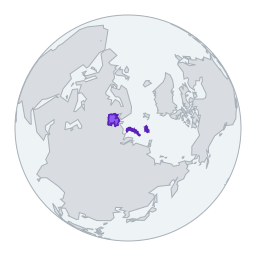 the Earth from above Arkhangel'sk, rotated 91°
{"feature_id": "RUS-2354", "entity_name": "Arkhangel'sk", "entity_type": "Region", "adm_level": 1, "iso_a3": "RUS", "parent_name": "Russia", "parent_adm1": "", "projection": "orthographic", "projection_center": [52.194, 71.252], "detail": "fine", "context": "on_globe", "style": "filled", "palette": "violet", "viewbox_px": 256, "rotation_deg": 91, "n_neighbors": 0, "source": "natural_earth", "source_scale": "10m", "svg_char_len": 16481}
<svg xmlns="http://www.w3.org/2000/svg" viewBox="0 0 256 256"><g transform="rotate(91 128 128)"><circle cx="128" cy="128" r="113" fill="#eef3f6" stroke="#a8b0b8"/><path d="M70.5,31.1L84.0,24.3L87.8,22.9L89.5,22.7L106.4,20.6L95.4,20.7L100.4,19.6L106.0,19.1L104.7,19.7L110.8,20.3L116.4,20.3L122.9,23.4L123.9,30.0L121.0,29.2L121.6,31.0L125.3,32.2L127.5,32.6L134.5,41.3L146.1,47.4L151.4,46.9L149.0,49.0L160.1,46.7L167.4,49.0L158.1,47.9L156.4,48.9L160.9,51.2L160.1,52.8L161.8,54.9L160.4,56.6L155.1,56.0L154.1,57.1L157.3,58.7L158.0,61.5L153.4,59.0L154.1,63.8L145.3,63.8L134.1,56.3L128.2,58.2L113.9,55.8L114.2,57.7L109.0,58.2L107.3,60.6L105.2,59.6L105.7,62.4L108.1,62.9L109.1,64.4L108.3,65.9L105.4,64.8L105.4,63.9L104.1,64.4L103.0,63.2L103.1,64.6L99.7,63.2L101.9,66.9L98.2,67.6L96.3,66.0L98.0,63.3L97.7,53.1L96.3,50.9L92.5,50.4L82.1,55.6L79.8,54.4L75.6,55.0L76.2,56.9L79.6,57.2L79.5,61.0L83.8,61.0L84.4,62.6L88.1,63.9L85.9,66.9L81.7,69.1L78.5,68.3L76.5,69.3L78.2,72.8L71.0,73.8L63.9,79.3L62.2,79.3L61.3,74.4L64.7,67.5L63.6,61.5L62.6,68.7L58.4,68.7L57.0,70.2L56.2,72.1L57.1,73.4L55.3,74.2L55.6,67.3L57.3,66.5L57.2,68.6L58.7,65.5L58.9,61.0L56.7,61.5L59.2,54.6L57.7,54.9L57.4,53.7L59.7,53.6L55.7,53.6L58.3,46.4L53.0,47.3L60.1,43.6L63.7,40.7L67.8,37.3L66.9,37.4L73.4,33.2L77.3,29.7L76.0,28.7L71.7,30.6L64.8,35.1L63.9,36.1L59.6,39.6L60.0,38.2L52.0,44.9L51.6,45.2L60.7,37.7L70.5,31.1ZM39.1,58.8L36.8,62.0L36.2,62.8L39.1,58.8ZM35.2,64.2L34.8,64.9L32.5,68.3L27.0,78.5L27.1,78.0L23.1,87.0L26.5,79.1L30.6,71.4L35.2,64.2ZM177.8,27.1L177.7,27.2L176.2,26.3L177.8,27.1ZM178.7,27.8L178.5,27.6L178.9,27.9L178.7,27.8ZM179.6,28.3L178.9,27.9L179.8,28.4L179.6,28.3ZM181.0,29.1L180.2,28.7L180.3,28.7L181.0,29.1ZM52.0,47.1L42.9,56.1L46.8,51.3L46.3,52.1L48.9,49.7L53.2,45.7L56.9,41.9L52.0,47.1ZM182.9,30.3L183.3,30.6L182.6,30.2L182.9,30.3ZM50.8,50.5L52.3,49.0L51.1,50.4L50.8,50.5ZM128.7,32.5L125.4,32.1L122.4,30.4L125.2,30.6L128.7,32.5ZM134.3,36.1L132.5,36.3L132.1,34.1L133.2,34.7L134.3,36.1ZM155.4,46.3L152.9,45.3L155.6,45.7L155.4,46.3ZM162.3,54.8L163.2,54.6L163.7,55.8L162.3,54.8ZM89.1,62.2L88.6,63.0L88.1,62.3L89.1,62.2ZM91.1,62.0L91.0,60.6L91.9,60.3L92.0,61.2L91.1,62.0ZM162.1,59.6L162.5,61.6L161.1,59.4L162.1,59.6ZM91.1,63.8L93.7,60.0L95.3,59.5L97.1,62.4L91.1,63.8ZM162.2,62.7L163.4,67.6L165.6,67.5L159.9,70.7L160.8,65.4L158.7,62.7L160.9,63.6L162.2,62.7ZM109.1,62.4L106.6,62.0L109.4,61.0L109.1,62.4ZM110.6,61.5L117.7,56.5L121.0,58.0L118.0,59.3L122.8,60.3L120.9,63.4L117.9,63.6L116.1,62.0L116.7,64.5L110.6,61.5ZM156.6,71.8L156.1,72.9L155.6,71.6L156.6,71.8ZM109.7,64.9L110.8,63.7L113.8,64.9L112.0,67.5L111.6,66.3L109.7,64.9ZM125.0,59.0L126.9,60.4L125.9,63.4L126.5,64.3L121.2,63.7L125.0,59.0ZM110.6,66.8L111.1,68.8L109.0,69.6L108.8,66.1L110.6,66.8ZM115.3,64.2L116.6,64.9L115.3,65.3L115.3,64.2ZM102.0,73.8L103.2,72.3L104.9,72.8L102.0,73.8ZM111.4,69.5L112.1,69.2L112.9,69.3L112.8,70.7L111.4,69.5ZM120.9,65.8L120.0,66.7L123.0,66.2L122.3,68.4L118.9,67.6L120.1,68.9L120.0,69.6L117.4,68.2L120.9,65.8ZM115.1,72.4L110.5,72.2L107.8,74.9L106.2,74.5L110.9,70.3L115.1,72.4ZM116.7,70.0L115.3,71.4L114.1,70.2L114.2,68.5L116.7,70.0ZM123.2,70.3L125.0,67.1L125.7,67.4L123.2,70.3ZM114.5,73.4L115.6,73.4L114.5,73.7L114.5,73.4ZM120.8,71.5L121.3,70.3L122.1,70.7L120.8,71.5ZM117.4,74.5L115.9,74.4L116.0,73.3L117.4,74.5ZM119.1,73.3L120.1,74.1L116.9,72.9L119.3,72.7L119.1,73.3ZM121.4,72.0L122.0,71.9L121.1,72.5L121.4,72.0ZM118.1,79.0L114.1,77.8L114.2,75.2L118.1,76.7L118.1,79.0ZM58.4,216.6L59.3,217.1L58.0,215.4L50.6,206.2L52.2,204.7L50.5,201.8L46.8,198.8L45.0,195.2L42.9,192.9L30.6,178.2L27.6,170.3L25.7,154.4L28.5,154.2L30.3,149.7L50.4,152.6L53.2,158.0L67.3,168.4L68.8,170.5L65.5,173.9L74.9,186.9L79.8,185.5L89.8,193.5L97.5,196.1L103.0,188.6L90.5,184.2L89.8,179.0L101.2,178.8L112.4,182.5L112.6,180.6L106.8,174.7L110.7,171.9L104.9,172.3L106.3,174.8L102.7,175.1L101.3,172.8L102.7,171.9L99.7,169.9L93.6,175.0L94.3,178.0L85.6,175.4L85.9,180.3L83.1,181.1L81.4,173.0L82.6,170.9L78.5,159.9L76.4,161.8L80.2,172.4L78.4,170.7L75.7,173.7L76.4,170.1L72.8,158.2L65.8,154.3L54.6,156.3L51.0,153.1L49.1,147.5L55.6,140.4L62.8,148.4L65.2,146.1L65.8,139.4L67.9,142.4L69.1,140.7L72.0,143.4L78.1,142.3L81.4,144.4L85.8,139.5L88.1,140.0L84.8,142.7L84.4,145.8L92.8,150.9L95.0,150.5L97.1,146.9L99.1,148.9L100.2,144.8L105.9,145.7L99.7,141.2L102.1,137.1L106.6,135.2L106.3,133.1L98.9,136.1L97.0,138.1L97.1,141.0L90.8,145.9L87.5,145.2L89.8,137.2L85.4,135.4L89.2,130.1L106.8,124.9L113.2,125.2L119.7,134.7L117.1,137.1L113.4,134.8L115.0,140.9L115.7,138.5L117.4,140.1L120.1,136.7L121.4,137.7L121.7,132.8L123.7,133.7L123.5,136.8L129.1,132.7L133.6,133.5L134.3,132.1L133.6,130.4L139.8,132.6L140.0,131.5L138.1,130.3L137.2,127.3L138.0,123.0L140.1,124.0L140.1,125.7L143.2,130.9L142.8,135.3L143.7,135.3L144.6,131.7L140.8,125.4L140.7,122.5L142.9,125.2L142.1,124.0L142.7,122.9L145.3,122.7L143.0,119.7L147.0,106.6L152.3,105.2L153.8,108.9L158.8,101.2L164.4,100.5L162.6,99.3L163.7,95.0L162.0,95.2L161.2,94.4L163.3,83.7L165.5,82.1L164.3,76.4L163.4,75.9L161.8,76.8L159.9,70.7L165.6,67.5L167.5,68.9L169.8,66.1L173.6,69.7L177.8,71.4L180.7,77.2L183.8,78.2L184.3,77.0L189.0,77.5L196.6,82.9L188.0,83.9L176.0,77.2L180.7,80.3L178.9,81.3L180.1,83.4L183.5,85.5L184.3,84.8L185.9,97.0L192.5,106.0L193.9,101.1L197.0,100.3L205.6,106.9L211.8,125.6L216.0,125.2L217.8,127.0L217.5,131.4L214.9,128.8L212.5,130.9L211.1,128.8L209.8,135.2L207.7,132.6L207.6,138.9L210.1,139.5L212.1,134.7L213.0,141.5L217.9,140.4L221.0,143.8L221.1,157.6L217.5,166.5L217.8,168.0L215.1,169.5L213.4,175.2L220.0,175.9L220.5,177.6L216.9,186.1L216.5,185.2L209.3,189.2L209.3,193.9L214.8,191.7L216.8,192.8L213.2,195.9L211.0,195.0L208.5,196.3L208.2,192.7L204.2,189.6L200.4,194.2L199.8,191.8L193.7,190.2L187.8,196.2L179.1,208.5L179.4,214.4L175.8,218.4L167.4,213.5L164.6,207.9L161.0,209.7L152.9,205.9L137.2,208.0L135.5,206.1L132.4,207.2L126.8,205.4L124.5,202.0L120.8,202.1L127.3,210.7L131.3,210.5L135.3,207.2L136.3,210.1L141.8,212.1L133.8,219.0L111.4,223.0L110.1,218.3L98.0,200.7L98.9,199.0L98.9,198.8L98.8,198.4L96.7,200.9L95.0,197.0L100.4,209.8L100.9,214.2L111.0,223.2L109.8,223.6L113.4,225.4L125.9,224.8L125.8,226.1L119.3,231.4L102.8,234.5L105.5,237.4L105.3,238.2L100.3,237.2L91.3,234.5L82.5,231.1L74.1,226.9L66.1,222.1L58.4,216.6ZM41.8,156.0L40.9,157.2L41.8,156.0ZM123.3,190.3L130.7,191.0L129.1,185.0L131.8,184.8L130.2,182.8L128.9,184.5L125.4,179.0L129.2,177.4L129.1,174.5L126.7,174.2L120.3,178.2L125.3,186.0L122.9,188.3L123.3,190.3ZM26.8,78.8L26.0,80.4L26.8,78.7L26.8,78.8ZM46.6,50.9L45.0,52.8L44.0,53.8L45.1,52.5L46.6,50.9ZM34.9,67.0L33.3,69.4L34.6,67.1L34.9,67.0ZM41.7,57.6L36.0,65.1L38.6,60.8L42.2,56.2L40.1,59.1L41.7,57.6ZM50.2,49.8L49.1,51.0L49.0,50.7L50.2,49.8ZM49.9,51.5L50.3,51.1L51.1,50.5L49.9,51.5ZM58.4,69.1L58.3,69.7L57.2,71.6L57.1,70.6L58.4,69.1ZM56.3,81.4L53.4,82.4L55.4,80.9L54.6,79.5L57.8,74.8L61.5,79.1L59.3,77.9L56.3,81.4ZM63.1,69.8L60.6,72.2L63.2,69.4L63.1,69.8ZM72.4,129.0L72.7,131.4L70.6,132.7L66.4,130.3L69.4,128.4L72.4,129.0ZM73.7,134.6L77.1,127.5L79.9,128.8L77.7,129.2L79.2,130.8L76.2,132.0L75.4,140.3L73.5,142.0L66.8,136.4L70.0,137.3L69.5,134.8L73.7,134.6ZM81.2,108.1L82.8,105.3L86.7,111.7L84.8,113.5L80.5,111.2L80.2,107.6L81.2,108.1ZM93.7,69.7L94.0,68.4L94.8,68.7L95.2,70.0L93.7,69.7ZM102.4,73.1L93.0,75.7L93.0,74.3L87.6,77.6L85.3,75.3L88.8,73.3L83.0,74.0L85.3,71.2L81.4,72.2L89.5,67.8L91.4,65.4L90.2,68.9L92.3,71.1L93.8,71.3L99.2,70.1L104.2,66.1L107.0,67.7L107.7,69.9L107.0,71.1L105.4,69.7L105.5,72.3L102.6,71.2L102.4,73.1ZM114.4,96.0L112.8,93.6L112.6,99.2L109.7,97.9L109.9,98.6L107.1,99.0L104.1,100.7L103.0,99.6L102.3,100.8L100.4,101.1L99.1,102.3L96.6,100.9L94.8,102.3L94.7,100.8L92.2,103.6L92.9,100.9L90.7,101.1L91.1,103.6L81.2,93.5L76.5,91.6L72.1,91.5L74.1,87.0L79.4,84.2L86.1,83.1L90.3,85.7L90.4,83.3L92.5,83.8L91.6,85.5L94.3,83.2L95.7,84.2L101.7,83.5L104.7,79.7L106.9,79.5L106.5,81.4L109.0,79.8L109.7,83.2L111.3,83.1L113.6,86.5L111.8,90.4L113.7,90.0L115.5,92.6L114.4,96.0ZM118.6,80.0L117.1,84.8L114.8,86.5L111.8,80.0L110.2,79.6L108.2,75.5L111.7,73.2L111.9,74.6L113.0,75.4L111.5,75.8L113.5,76.0L113.9,77.9L115.5,78.7L114.6,80.0L118.6,80.0ZM71.5,170.3L72.8,171.5L75.2,172.8L73.5,174.7L71.5,170.3ZM68.9,162.2L70.2,162.9L69.0,166.1L67.6,164.9L68.9,162.2ZM72.0,160.5L70.4,162.6L70.5,160.8L72.0,160.5ZM86.2,143.1L87.8,143.6L87.5,144.6L86.2,145.4L86.2,143.1ZM113.2,112.7L112.7,110.9L113.4,110.6L114.5,106.7L116.8,107.4L117.0,110.0L113.2,112.7ZM100.3,189.5L97.5,190.4L96.6,189.2L97.7,189.1L100.3,189.5ZM84.4,183.0L87.5,185.7L83.9,183.5L84.4,183.0ZM115.9,112.8L116.1,111.1L117.1,112.5L115.9,112.8ZM118.5,107.7L119.8,109.1L117.2,107.0L118.5,107.7ZM112.7,239.6L113.4,239.6L119.5,240.0L122.2,239.7L124.7,240.4L122.6,240.5L112.7,239.6ZM227.7,180.3L220.6,191.9L217.5,195.8L218.5,194.3L223.5,187.3L227.7,180.3ZM218.2,194.6L213.2,199.4L204.6,202.1L207.7,199.4L216.3,194.1L215.8,195.2L218.9,192.7L218.2,194.6ZM229.5,175.1L229.0,177.3L225.2,183.6L223.4,186.3L222.2,186.2L222.9,184.1L224.5,181.8L229.3,168.5L231.2,166.1L230.0,170.8L231.5,169.4L229.5,175.1ZM180.0,214.7L183.0,216.2L180.9,217.8L180.0,214.7ZM230.3,161.5L229.0,167.4L229.9,161.2L230.3,161.5ZM230.3,156.8L230.8,157.6L229.7,158.2L230.3,156.8ZM218.6,169.7L217.0,172.4L216.5,171.6L218.3,167.8L218.6,169.7ZM223.3,146.6L224.9,149.2L225.2,150.6L223.7,150.3L223.3,146.6ZM135.4,117.2L131.3,121.8L129.9,125.7L131.5,128.9L127.6,126.5L129.7,120.4L135.4,117.2ZM145.3,107.8L143.9,105.1L145.6,105.0L146.2,105.6L145.3,107.8ZM143.7,107.1L139.9,106.2L139.8,103.9L142.9,105.0L143.7,107.1ZM127.8,109.5L126.4,110.8L125.6,109.6L127.8,109.5ZM238.8,148.3L238.7,148.7L239.3,145.1L238.3,150.2L239.5,143.7L239.6,143.0L238.8,148.3ZM236.5,157.9L236.4,158.5L236.0,159.7L236.5,157.9ZM238.2,151.5L237.0,156.4L237.1,155.7L238.2,151.5L238.2,151.5ZM232.4,167.8L232.9,167.6L234.6,162.9L233.3,166.9L234.1,165.6L233.6,167.1L232.9,168.2L232.1,170.9L231.4,172.6L231.2,172.1L232.2,168.5L232.9,165.9L235.7,158.2L232.4,167.8ZM237.2,154.5L236.9,154.6L237.1,152.9L237.5,152.2L237.2,154.5ZM235.3,155.2L233.8,156.7L232.8,160.1L234.3,152.2L235.6,152.0L235.3,155.2ZM233.3,154.3L232.5,157.5L233.0,153.5L233.3,154.3ZM232.0,157.6L231.4,156.8L232.3,154.9L232.0,157.6ZM233.8,153.0L233.2,150.5L234.0,150.6L233.8,153.0ZM229.7,154.9L232.5,152.5L229.7,157.4L227.4,153.5L228.4,151.0L229.7,154.9ZM221.6,122.8L220.1,122.0L220.4,119.3L221.3,120.6L221.6,122.8ZM220.1,110.1L220.0,118.3L219.7,125.0L220.8,124.0L222.6,127.6L219.8,127.9L218.5,121.5L219.1,116.8L217.2,114.1L216.4,109.6L213.5,107.7L212.5,105.2L215.3,105.6L220.1,110.1ZM212.2,107.1L206.9,102.5L208.4,98.5L209.9,98.7L211.7,102.4L210.8,104.3L212.2,107.1ZM206.0,100.2L205.1,102.0L195.3,99.5L193.6,98.1L201.9,97.7L201.4,99.4L203.6,100.7L206.0,100.2ZM157.3,73.2L156.2,72.9L157.2,72.3L157.3,73.2ZM160.2,94.6L159.3,93.3L160.5,92.6L160.2,94.6ZM157.5,89.5L156.8,91.1L156.7,88.9L157.5,89.5ZM155.3,95.0L156.0,91.6L156.5,95.5L155.3,95.0Z" fill="#d9dde1" stroke="#a8b0b8" stroke-width="1"/><path d="M114.6,140.5L115.3,141.1L116.0,140.7L115.9,140.3L116.0,140.1L115.5,140.0L115.0,139.1L115.0,138.7L115.4,138.7L115.4,138.4L116.6,139.3L116.3,139.3L116.2,139.6L116.6,139.3L117.4,140.0L117.7,140.0L117.7,139.8L117.9,140.1L118.2,140.2L118.2,139.8L118.3,139.8L117.9,138.5L118.0,138.2L118.9,137.5L119.7,137.2L120.2,136.6L120.5,136.9L120.4,137.0L121.0,137.0L121.3,137.4L120.9,137.6L121.0,137.7L121.1,137.9L121.0,137.7L121.4,137.5L121.6,138.2L121.6,137.5L121.8,137.1L123.9,138.5L124.4,138.5L124.8,137.9L125.5,138.0L125.4,139.7L125.9,139.7L126.2,140.5L126.6,140.7L126.4,141.2L125.8,141.0L124.8,141.7L124.5,141.4L123.3,141.4L122.2,141.6L123.3,142.5L123.5,142.9L123.4,143.3L123.9,143.7L123.4,144.3L123.6,145.6L124.4,145.4L124.6,144.6L125.7,144.6L125.1,146.6L125.4,146.9L125.3,147.6L124.5,147.8L124.4,148.2L123.6,147.8L123.3,147.8L123.0,148.1L122.6,147.7L122.0,147.7L121.9,147.4L121.6,147.3L121.4,147.9L120.3,147.4L119.7,147.9L118.6,147.7L118.2,147.4L117.7,147.4L117.6,147.8L117.1,147.4L116.3,147.5L116.0,147.3L115.6,147.4L115.4,147.0L115.1,147.2L114.6,145.9L114.7,145.2L115.0,144.6L114.9,144.1L114.6,144.1L114.9,143.6L114.9,143.3L114.1,142.7L114.0,142.2L113.9,141.1L114.5,141.1L114.6,140.5ZM130.5,121.1L129.9,121.0L130.3,120.7L129.8,120.4L129.9,120.1L130.2,120.4L130.4,119.8L130.8,119.9L130.6,119.5L131.2,118.8L131.9,118.4L131.7,118.3L131.8,118.2L132.1,118.1L131.9,118.4L132.0,118.4L132.2,118.1L132.1,117.8L132.8,117.9L133.5,117.5L134.0,116.9L134.3,116.9L134.1,116.7L134.7,115.8L135.1,115.8L135.5,116.2L135.3,117.1L133.5,118.7L132.7,119.5L132.6,119.8L132.5,119.7L132.3,120.3L131.9,120.4L132.3,120.5L132.1,120.7L132.2,120.8L131.8,120.8L132.0,121.0L131.9,121.2L131.6,120.9L131.7,121.1L131.7,121.5L131.1,121.3L131.4,121.6L131.5,121.9L131.3,122.0L131.2,122.1L131.2,122.5L130.9,122.1L130.7,122.3L131.1,122.6L131.1,122.8L131.1,123.0L130.8,122.8L130.4,122.7L130.8,122.8L131.0,123.1L130.9,123.4L130.5,123.1L130.8,123.5L130.6,123.8L130.6,124.0L130.2,123.9L130.1,123.6L130.1,123.9L129.5,123.6L129.2,123.9L129.3,123.3L129.7,123.1L129.2,123.4L128.8,123.1L129.4,122.6L129.5,122.2L130.0,122.3L129.5,122.0L129.9,122.0L129.6,121.8L129.7,121.7L130.2,121.6L129.8,121.5L129.7,121.3L130.5,121.1ZM127.5,126.9L127.6,126.3L128.1,126.4L128.2,126.2L128.4,125.8L128.3,125.6L128.5,125.3L128.3,125.3L128.6,125.3L128.1,125.1L128.7,124.8L128.5,124.6L128.5,124.4L128.6,124.1L129.1,124.0L129.5,123.7L130.4,124.0L130.5,124.2L130.1,124.4L130.4,124.4L130.4,124.5L130.0,124.6L130.3,124.5L130.3,124.8L129.9,124.9L130.2,125.1L130.0,125.4L129.8,125.3L130.0,125.5L129.7,125.6L129.9,125.6L129.9,125.9L130.0,126.1L129.8,126.6L130.0,126.7L130.5,127.9L131.5,128.9L131.4,128.9L131.5,128.9L131.4,129.1L131.0,129.0L131.3,129.2L130.6,129.0L130.9,129.2L130.8,129.3L130.1,128.9L130.1,129.1L129.9,129.3L129.5,128.8L129.7,129.2L128.9,128.9L128.7,128.8L129.0,128.8L128.8,128.3L129.3,128.2L128.8,128.0L129.1,127.6L128.8,127.9L128.7,127.6L128.8,127.4L128.4,127.7L128.2,127.2L128.1,127.6L128.0,127.3L128.1,127.6L127.8,127.6L127.6,127.4L127.5,126.9ZM127.8,109.5L127.6,109.8L127.2,109.9L127.2,110.1L126.9,110.1L126.8,110.3L127.0,110.5L126.8,110.4L126.7,110.7L126.6,110.4L126.3,110.5L126.2,110.2L126.7,110.2L126.4,109.9L127.0,109.8L127.2,109.5L127.0,109.4L127.4,109.0L127.5,109.1L127.3,109.2L127.6,109.1L127.4,109.4L127.8,109.5ZM131.1,109.0L131.2,109.4L130.9,109.9L130.4,109.9L130.3,109.7L130.2,109.5L130.3,109.1L131.1,109.0ZM131.2,109.0L131.6,108.6L131.6,108.2L131.9,108.2L132.1,108.6L131.5,109.2L131.2,109.0ZM126.5,109.7L126.0,109.9L126.0,109.7L125.7,109.5L126.5,109.2L126.9,109.6L126.6,109.3L126.4,109.5L126.5,109.7ZM129.8,110.5L129.5,109.9L130.3,110.1L130.0,110.1L130.0,110.3L129.8,110.5ZM129.0,109.0L128.7,108.9L128.8,108.7L129.2,108.8L129.7,109.3L129.5,109.5L129.4,109.2L129.0,109.0ZM129.2,110.6L129.3,110.1L129.6,110.1L129.7,110.4L129.6,110.7L129.2,110.6ZM129.0,108.5L129.0,108.4L129.3,108.4L129.2,108.1L129.3,108.1L129.7,108.3L129.0,108.5ZM128.6,110.3L128.0,110.3L128.3,110.1L128.6,110.3ZM130.4,108.8L130.6,108.6L130.9,108.5L130.7,108.9L130.4,108.8ZM129.6,109.1L129.4,108.8L129.2,108.7L129.9,109.0L129.6,109.1ZM129.9,108.0L129.3,108.0L129.6,107.8L129.9,108.0ZM129.2,109.3L128.9,109.5L128.6,109.3L129.2,109.3ZM128.7,128.1L128.5,128.6L128.0,127.9L128.3,127.7L128.7,128.1ZM130.0,107.2L129.6,107.5L129.7,107.2L130.0,107.2ZM129.3,109.6L129.0,109.5L129.5,109.5L129.3,109.6ZM130.6,110.7L130.2,110.7L130.5,110.5L130.6,110.7ZM131.2,107.5L130.8,107.4L131.3,107.3L131.2,107.5ZM130.0,109.3L129.8,109.2L130.1,109.1L130.0,109.3ZM127.6,110.7L127.8,111.0L127.3,110.9L127.6,110.7ZM130.0,108.7L129.9,108.9L129.7,108.8L129.8,108.6L130.0,108.7ZM127.4,110.5L127.2,110.7L127.4,110.5ZM128.5,109.9L128.5,109.7L128.7,109.9L128.5,109.9ZM130.0,108.3L129.9,108.2L130.1,108.2L130.0,108.3ZM129.4,108.5L129.7,108.4L129.8,108.4L129.4,108.5ZM127.5,108.8L127.4,108.7L127.6,108.7L127.4,108.9L127.5,108.8ZM118.2,140.1L117.9,140.1L117.9,139.9L117.7,139.8L118.0,139.8L118.1,140.0L118.2,140.1ZM129.1,110.2L129.0,110.4L128.9,110.3L129.0,110.2L129.1,110.2ZM128.8,109.9L128.8,110.1L128.7,110.1L128.8,109.9ZM128.7,110.3L128.7,110.5L128.6,110.3L128.7,110.3ZM118.1,140.0L117.9,139.7L118.1,139.7L118.1,140.0ZM130.5,108.2L130.5,108.3L130.3,108.2L130.5,108.2ZM128.9,110.0L128.8,109.9L128.9,110.0ZM130.2,110.8L130.3,110.9L130.1,110.9L130.2,110.8ZM130.7,107.5L130.8,107.6L130.7,107.5ZM120.5,136.2L120.6,136.4L120.5,136.2L120.5,136.2ZM130.1,108.4L130.3,108.5L130.0,108.4L130.1,108.4ZM129.8,107.7L129.7,107.7L129.9,107.6L129.8,107.7ZM131.1,118.7L131.4,118.5L131.1,118.7L131.1,118.7ZM131.0,129.2L131.3,129.3L131.2,129.3L131.0,129.2ZM128.9,110.0L129.0,110.0L128.9,110.0ZM128.7,127.8L128.8,127.9L128.6,127.8L128.7,127.8Z" fill="#8b5cf6" stroke="#5b21b6" stroke-width="1.5"/></g></svg>